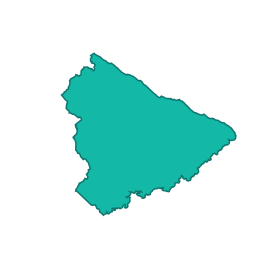 the district of San Pedro, Bas-Sassandra, Ivory Coast, rotated 231°
{"feature_id": "98640826B43081365176028", "entity_name": "San Pedro", "entity_type": "district", "adm_level": 2, "iso_a3": "CIV", "parent_name": "Ivory Coast", "parent_adm1": "Bas-Sassandra", "projection": "mercator", "projection_center": [-6.916, 5.016], "detail": "fine", "context": "isolated", "style": "filled", "palette": "teal", "viewbox_px": 256, "rotation_deg": 231, "n_neighbors": 0, "source": "geoboundaries", "source_scale": "gbopen_adm2", "svg_char_len": 5632}
<svg xmlns="http://www.w3.org/2000/svg" viewBox="0 0 256 256"><g transform="rotate(231 128 128)"><path d="M75.7,54.0L75.9,55.0L75.5,55.4L75.2,56.9L75.3,57.6L76.2,58.7L73.8,58.5L73.4,58.9L73.7,61.7L72.9,62.7L73.3,63.8L74.1,64.0L75.3,64.8L74.9,66.0L74.2,66.1L73.1,65.4L72.7,65.5L72.4,65.8L72.2,66.2L72.4,66.6L74.0,67.3L73.8,67.8L72.4,68.5L72.1,69.2L72.2,69.7L71.7,70.6L70.4,71.0L69.9,72.0L69.9,74.2L70.8,75.7L70.3,77.5L69.8,77.0L69.1,76.7L68.6,76.3L68.6,75.8L68.3,75.4L68.0,75.3L67.0,76.4L66.7,77.3L66.7,77.8L67.3,78.6L68.6,79.5L69.2,80.3L69.5,82.6L70.0,83.5L72.7,85.4L72.8,86.0L74.5,85.1L74.4,83.7L74.7,83.3L75.4,83.1L74.8,85.0L74.6,87.7L75.5,89.1L76.2,89.4L77.0,89.3L75.9,90.2L75.6,90.9L74.9,90.9L74.5,91.2L73.8,91.4L73.3,91.9L73.2,92.6L74.0,94.2L73.7,94.8L72.4,95.0L72.0,96.9L70.4,98.2L70.0,98.2L71.0,97.3L71.0,96.6L70.9,96.1L69.9,95.9L70.0,95.5L70.6,95.5L71.2,94.3L71.7,93.9L71.5,93.1L70.9,93.0L69.0,93.3L67.9,94.5L66.9,94.6L65.8,95.5L65.4,95.6L64.8,94.9L63.8,95.6L63.3,97.1L63.5,98.0L64.6,98.2L64.8,98.5L65.0,100.7L64.7,101.0L64.1,100.7L63.6,100.9L62.6,102.5L62.4,103.6L63.0,104.3L63.5,104.6L63.8,105.6L63.6,106.8L64.2,108.3L63.9,110.2L63.3,111.5L62.5,112.5L62.3,114.2L60.8,115.0L60.3,115.7L60.6,116.2L59.3,117.9L59.1,117.6L59.3,116.4L58.7,115.8L58.1,115.7L57.0,116.1L55.9,117.5L54.5,118.1L53.9,118.9L53.2,119.2L52.8,119.7L52.8,120.4L53.4,120.8L53.8,122.4L54.2,122.7L54.2,123.7L54.6,124.6L54.5,125.0L54.0,125.2L53.6,126.4L53.6,127.5L54.2,128.8L55.4,129.3L55.4,129.8L55.2,131.1L54.4,131.7L54.0,132.5L53.4,132.8L53.3,133.3L54.0,134.7L54.3,134.9L54.9,134.4L55.6,134.7L56.5,135.9L56.1,136.2L56.0,136.9L56.0,137.8L56.4,138.4L57.3,139.2L57.2,139.9L55.6,140.0L54.6,139.2L54.0,139.2L52.9,139.5L52.6,141.1L52.3,141.3L51.7,141.3L50.9,140.6L50.6,140.6L48.9,141.5L48.2,143.5L48.3,144.2L49.0,144.8L49.7,144.9L49.5,145.6L49.8,147.0L50.2,147.4L50.0,147.8L49.4,148.0L49.2,148.5L49.4,149.3L50.5,151.2L49.5,151.6L49.2,152.1L48.9,152.8L49.2,154.1L49.1,154.5L49.2,155.0L51.0,156.3L53.1,156.7L53.2,157.3L52.4,158.3L52.9,159.9L52.8,161.1L53.5,162.3L52.8,164.1L53.6,166.5L53.6,167.1L53.4,167.5L52.4,167.3L51.9,168.1L51.8,168.6L52.9,170.6L52.2,170.7L51.5,171.1L51.2,172.6L51.5,173.0L52.8,173.1L53.4,173.8L53.9,176.7L54.6,177.8L53.8,178.9L53.6,179.6L52.1,179.8L51.4,180.2L51.4,181.3L52.7,182.4L53.1,183.1L53.2,183.4L52.9,184.2L53.4,185.4L52.5,186.0L52.5,187.3L54.0,189.8L53.4,190.6L53.9,192.5L53.0,193.3L53.0,194.0L52.2,195.1L52.3,196.5L52.6,197.4L53.8,198.4L55.6,199.0L54.0,199.8L53.3,200.5L51.8,203.3L52.3,205.1L54.4,207.2L55.8,207.1L56.5,207.9L57.7,208.1L59.0,207.9L62.7,208.3L64.8,207.6L65.7,207.6L68.5,206.5L71.4,205.9L73.8,203.9L77.4,202.7L79.1,201.0L80.6,200.7L82.3,199.8L83.2,198.3L84.2,197.3L86.2,196.5L87.6,196.4L90.9,195.7L91.8,193.1L95.9,190.7L97.2,190.3L98.9,188.9L101.4,188.6L102.2,188.2L105.2,188.1L111.1,187.4L112.1,187.5L113.2,187.1L114.5,187.1L115.1,186.3L117.9,185.8L117.9,185.1L118.3,184.8L118.6,183.5L119.9,182.3L121.2,181.9L121.7,180.5L124.0,179.8L123.8,179.1L125.1,178.1L125.5,178.1L126.4,176.7L127.1,176.1L130.1,174.9L131.8,173.9L131.4,172.2L131.8,171.7L132.4,171.2L135.1,170.5L136.5,170.5L138.3,169.9L150.3,168.4L150.7,167.8L153.4,167.6L155.1,167.9L157.2,167.5L157.9,165.9L161.7,165.3L164.8,164.5L166.7,163.3L167.7,163.1L170.0,161.4L170.3,160.3L173.0,158.9L174.6,158.5L175.7,157.9L176.4,158.2L177.9,157.8L181.7,157.5L182.5,156.9L184.0,157.0L188.5,155.9L189.0,155.7L189.4,154.4L191.5,153.3L193.9,153.0L195.6,152.2L196.0,151.8L199.2,151.2L200.0,151.3L205.5,148.9L207.4,148.6L207.4,147.9L207.7,147.2L207.5,146.4L207.8,144.7L207.7,144.5L206.8,145.0L206.4,145.0L205.8,144.3L205.6,142.6L205.1,142.4L204.1,141.3L203.0,141.0L202.6,141.0L202.3,141.5L202.0,140.9L201.6,140.7L200.8,141.0L200.1,141.8L199.2,142.2L197.4,142.0L197.3,141.1L196.5,139.7L194.9,139.2L194.2,138.1L194.1,137.4L194.6,136.9L195.3,137.2L195.7,136.9L196.9,137.2L197.2,136.4L197.4,136.5L198.2,136.1L199.3,135.0L200.6,135.1L202.9,132.2L202.5,132.1L202.5,131.5L202.0,130.7L202.3,130.4L202.1,129.5L202.3,129.3L201.9,127.7L201.2,126.9L199.4,125.5L199.0,124.3L199.2,123.8L199.1,122.6L201.4,121.7L202.2,121.1L201.6,120.4L201.3,119.4L202.2,114.4L201.4,112.2L200.4,111.9L198.4,110.2L197.2,107.3L196.2,106.8L195.7,106.2L195.8,105.8L196.2,105.3L196.3,104.6L195.7,103.1L195.9,102.4L195.7,101.7L196.1,101.1L195.4,100.5L195.5,97.1L189.7,97.1L186.5,97.6L185.1,96.0L185.3,95.6L182.2,92.3L178.9,92.6L178.3,93.0L176.7,91.8L176.5,92.4L173.4,93.7L172.9,94.6L168.5,95.6L168.2,96.1L167.5,95.8L167.2,96.4L166.8,96.5L166.8,97.3L166.5,97.6L164.6,97.7L163.8,97.2L163.7,97.4L163.7,89.1L162.9,88.9L162.5,89.2L162.4,88.6L162.1,88.6L162.0,88.2L161.6,88.0L160.6,88.0L160.4,88.3L159.3,88.3L159.2,87.9L159.5,87.5L158.2,87.1L157.1,86.0L156.5,85.7L156.2,84.6L155.6,84.0L155.6,81.6L155.4,81.2L155.5,80.8L155.1,80.5L155.4,80.1L155.3,79.5L151.8,79.2L149.0,78.0L144.0,73.7L143.2,73.4L142.0,73.8L141.4,73.4L140.5,73.3L140.2,73.0L139.8,73.1L139.3,73.9L138.4,74.1L136.7,73.8L135.9,73.3L134.3,73.2L133.0,73.5L132.1,73.4L131.9,73.2L131.4,73.8L131.6,74.4L131.5,74.9L130.2,75.6L128.2,75.2L126.3,75.5L120.0,73.0L120.3,72.1L120.2,71.7L120.4,70.9L120.1,70.8L119.8,70.3L119.2,70.3L118.3,68.3L118.4,67.8L118.2,67.2L117.4,66.6L117.6,66.5L117.1,66.3L115.6,66.2L114.6,65.3L114.1,64.2L114.3,63.9L114.8,63.7L115.1,63.2L115.9,62.9L115.4,61.9L115.2,60.8L114.8,60.3L115.4,56.2L115.8,55.4L115.0,54.4L114.5,52.9L113.2,50.4L113.1,49.0L111.9,47.7L111.8,48.2L111.1,48.5L91.1,51.0L90.9,51.5L90.4,51.7L90.2,52.2L89.6,52.8L89.3,53.7L88.9,54.1L86.9,53.9L85.8,53.3L85.1,53.2L84.3,53.4L83.8,54.1L83.2,54.4L81.9,54.0L80.5,53.2L80.2,53.2L79.9,53.8L78.1,53.6L77.4,53.9L75.7,54.0Z" fill="#14b8a6" stroke="#0f766e" stroke-width="1.5"/></g></svg>